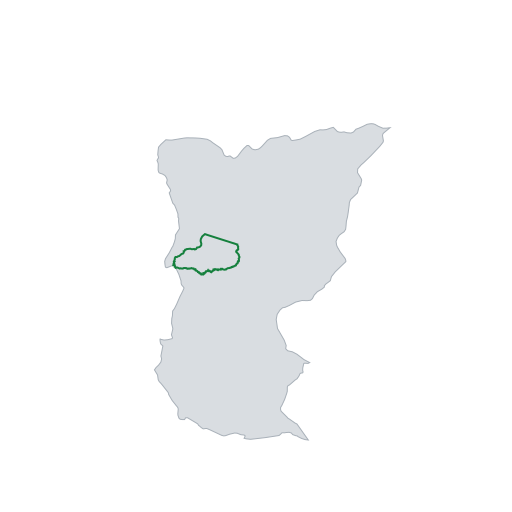 Bamingui, Bamingui-Bangoran, Central African Republic shown in context, rotated 301°
{"feature_id": "33826404B40726346610529", "entity_name": "Bamingui", "entity_type": "district", "adm_level": 2, "iso_a3": "CAF", "parent_name": "Central African Republic", "parent_adm1": "Bamingui-Bangoran", "projection": "natural_earth1", "projection_center": [19.692, 7.894], "detail": "fine", "context": "in_parent", "style": "outline", "palette": "green", "viewbox_px": 512, "rotation_deg": 301, "n_neighbors": 0, "source": "geoboundaries", "source_scale": "gbopen_adm2", "svg_char_len": 6691}
<svg xmlns="http://www.w3.org/2000/svg" viewBox="0 0 512 512"><g transform="rotate(301 256 256)"><path d="M342.1,190.2L346.1,191.4L346.9,192.9L345.7,197.6L346.5,200.5L348.8,203.0L351.2,204.1L353.4,204.7L361.1,206.2L364.3,207.9L368.6,213.5L373.9,218.5L375.2,221.1L375.0,223.6L373.4,226.5L373.7,227.7L376.1,230.6L378.9,233.7L384.1,237.0L393.0,242.2L397.1,245.8L398.5,248.4L400.7,251.3L403.9,253.9L406.1,256.0L404.6,261.7L405.1,263.6L405.9,265.3L407.7,267.5L408.5,270.5L410.3,274.1L412.5,275.7L416.2,276.4L418.1,278.0L422.2,280.9L426.1,283.4L427.7,285.2L428.8,286.7L429.7,288.5L430.1,290.3L430.2,294.2L430.9,299.0L433.0,302.3L435.0,304.8L427.0,302.0L425.8,301.9L424.4,302.4L420.3,305.9L418.9,306.3L413.7,305.6L401.0,302.8L391.3,300.2L388.3,299.2L383.1,298.3L379.7,300.1L376.5,306.3L375.5,307.5L370.4,309.3L368.1,308.8L362.2,310.5L353.1,308.0L349.9,308.5L347.3,309.8L340.8,312.6L336.9,314.2L332.3,315.6L327.9,317.8L325.0,319.1L322.1,319.0L319.5,317.8L316.7,316.7L313.3,316.5L309.7,317.1L306.7,319.6L305.5,321.3L302.9,326.0L299.8,333.6L298.6,335.1L297.5,335.9L283.3,332.1L277.2,331.3L273.1,332.4L267.9,330.3L265.7,329.9L264.6,330.6L261.7,329.6L257.0,327.0L252.5,326.0L248.5,326.3L246.1,325.5L244.1,322.9L241.5,318.3L236.9,313.7L230.7,310.0L226.9,307.3L225.3,305.4L222.0,304.4L216.9,304.2L212.0,306.0L204.9,311.8L198.4,323.5L194.8,328.0L191.8,329.2L191.1,332.0L192.6,336.5L192.9,341.7L191.9,350.5L192.3,356.9L190.7,355.9L189.2,352.9L188.5,352.3L184.2,353.7L182.0,354.9L180.8,356.1L179.9,356.2L178.5,354.6L177.4,354.3L175.7,354.6L174.0,354.6L172.9,354.4L172.1,354.5L170.1,353.5L162.7,351.1L161.4,350.2L159.9,350.3L156.1,352.5L154.0,353.1L147.9,354.4L141.3,355.1L138.8,355.1L137.1,356.1L135.9,357.4L133.9,365.5L133.4,366.9L133.4,369.0L132.9,375.5L133.1,377.6L125.2,395.6L123.9,392.6L123.1,389.1L122.8,385.0L123.0,384.0L122.5,382.8L121.8,379.5L122.5,377.4L121.9,375.1L120.4,373.0L119.0,371.3L118.2,369.8L117.6,369.2L116.0,368.9L114.0,368.2L105.2,357.6L96.1,345.8L94.3,341.9L93.6,339.7L95.8,339.5L96.4,339.1L96.4,338.0L95.0,335.0L94.4,331.1L93.2,328.8L89.7,325.2L86.3,322.4L85.2,321.0L84.6,319.0L83.3,306.2L82.8,302.6L81.7,301.0L80.9,300.2L80.6,299.3L80.8,297.1L81.2,295.0L81.2,294.2L82.1,292.4L82.1,280.6L81.1,279.0L79.0,279.0L77.9,277.2L77.0,275.1L77.3,273.5L79.3,271.1L80.6,270.2L84.5,268.3L85.6,267.4L86.2,266.2L86.7,264.6L89.0,258.5L92.3,252.5L93.7,251.2L97.1,242.3L97.9,240.0L98.5,237.7L99.6,235.9L103.3,232.9L106.1,227.6L109.1,227.8L112.2,228.7L116.1,229.1L119.2,228.1L121.3,226.0L130.9,222.5L131.6,219.6L133.1,218.1L134.8,216.8L135.5,216.6L135.6,217.6L136.6,220.5L138.8,223.5L142.0,226.7L143.0,226.5L144.9,224.1L150.0,222.5L151.2,221.9L154.8,218.3L159.1,216.0L161.6,215.2L165.9,212.9L168.9,213.2L173.9,212.8L182.1,211.7L188.1,211.3L191.1,210.9L191.8,210.4L193.0,207.0L193.9,206.0L196.1,204.5L200.5,199.4L203.4,195.0L204.3,193.4L204.9,193.2L206.1,191.3L204.9,189.4L200.0,185.6L200.0,185.1L199.8,184.4L200.0,183.9L201.9,182.3L204.4,180.5L207.1,179.8L214.1,180.0L220.1,179.6L221.5,179.7L226.2,178.8L229.3,177.9L232.6,176.1L240.0,176.3L246.2,171.5L248.0,170.7L248.8,170.0L249.0,169.2L251.9,167.4L255.1,163.5L257.7,160.0L258.4,157.5L265.4,149.1L267.8,149.3L269.0,148.3L271.8,142.7L272.6,141.7L275.5,140.7L276.9,139.1L278.1,136.6L278.1,133.6L277.5,131.1L277.5,129.9L278.2,128.9L279.3,127.8L284.6,124.8L286.0,123.3L286.8,122.0L288.2,121.8L289.9,121.9L290.9,121.1L292.1,119.7L295.7,117.9L299.1,116.4L302.7,117.0L309.2,118.9L311.2,122.9L312.1,124.3L320.1,133.7L321.7,135.9L325.7,142.8L328.1,147.4L330.9,154.0L331.2,157.6L330.8,160.7L330.3,169.4L329.6,172.0L326.1,176.7L325.9,178.8L326.7,180.6L327.7,181.3L328.4,182.2L328.0,186.2L329.3,187.8L331.9,188.9L338.6,189.6L342.1,190.2Z" fill="#d9dde1" stroke="#a8b0b8" stroke-width="1"/><path d="M205.7,189.8L205.8,189.9L205.9,190.0L206.0,190.4L206.2,190.6L206.4,190.7L206.5,190.8L206.3,191.0L206.1,191.1L205.8,191.3L205.7,191.6L205.4,191.6L205.3,191.9L205.0,191.9L204.9,191.9L204.9,192.6L204.7,193.0L204.4,193.2L204.4,193.3L205.2,193.9L205.5,194.1L205.7,195.2L206.0,197.2L206.6,197.6L207.1,199.1L207.7,199.9L208.2,200.0L208.6,200.5L209.0,201.1L209.3,201.5L209.4,202.1L209.6,202.4L209.8,202.7L209.7,202.9L209.6,203.2L209.7,203.5L209.8,203.9L209.9,204.2L210.3,204.3L210.6,204.8L210.8,205.4L211.4,205.8L211.7,206.5L212.4,206.9L212.5,207.9L212.8,208.2L212.8,208.5L213.1,208.8L213.2,209.1L212.9,209.5L212.7,210.0L212.9,210.5L213.0,210.7L213.5,211.0L213.4,211.2L212.9,211.4L212.5,211.7L212.6,212.4L212.9,213.1L212.8,213.7L212.3,214.4L212.5,214.7L212.7,215.0L212.8,215.3L212.7,215.6L212.3,215.8L212.0,216.3L212.0,216.6L212.2,217.1L212.6,217.3L212.7,217.7L212.5,218.0L212.1,218.2L211.9,218.6L212.6,219.6L213.0,220.4L213.4,220.5L213.4,220.2L213.6,219.8L214.0,219.8L214.6,220.6L214.7,220.9L215.0,220.9L215.0,220.4L215.6,221.0L216.0,221.3L216.4,221.2L216.7,220.9L217.1,220.9L217.3,221.1L217.5,221.4L217.6,221.7L218.0,222.1L218.4,222.4L218.8,222.2L219.2,222.2L219.1,222.4L218.7,222.9L218.7,223.3L219.3,223.4L219.5,223.8L219.4,224.4L219.0,225.1L219.0,226.0L219.9,226.3L220.3,226.2L220.5,226.4L220.8,226.4L221.0,226.4L221.3,226.6L221.5,227.0L221.9,227.2L222.2,226.6L222.5,226.5L222.7,227.2L223.2,227.2L223.2,227.8L223.4,228.1L224.0,228.3L224.0,228.8L224.1,229.5L224.1,230.3L224.3,230.8L224.7,230.8L225.0,230.4L225.2,230.7L225.3,231.3L225.7,231.8L226.2,232.9L226.6,232.8L227.0,232.6L227.7,233.7L227.5,234.5L228.0,236.0L228.8,237.0L229.1,237.3L229.5,237.2L229.8,237.5L230.7,237.9L231.3,238.4L231.6,238.9L231.9,239.3L232.2,239.7L232.6,239.8L233.0,240.3L233.4,240.7L234.0,240.7L234.2,241.2L234.4,241.5L234.9,241.5L235.4,242.3L236.3,242.5L236.7,242.8L237.2,243.5L237.5,243.5L237.8,243.6L238.2,243.4L238.7,243.4L239.3,243.4L239.6,243.7L240.0,243.9L240.2,244.0L240.5,243.8L240.9,243.6L241.2,243.7L241.6,243.7L241.8,243.3L242.1,243.2L242.6,244.0L243.1,243.9L243.6,243.5L244.2,243.2L245.0,242.4L246.0,242.6L246.7,242.3L247.6,240.9L248.3,240.5L248.6,239.6L249.1,237.9L249.4,236.8L250.5,236.5L251.0,236.9L251.5,236.8L252.0,237.3L252.7,237.3L253.6,236.5L254.2,236.2L255.0,235.8L255.9,233.9L256.2,233.9L248.4,200.9L245.0,199.8L242.1,200.0L240.3,200.8L238.4,202.8L236.9,203.5L235.1,203.2L234.3,202.7L233.5,201.9L232.9,201.1L231.9,201.1L231.0,201.0L230.6,200.6L230.1,200.2L230.2,199.4L229.7,198.8L228.7,197.4L228.4,195.9L226.7,193.7L226.3,193.1L225.8,192.9L225.5,192.6L225.1,192.2L224.9,192.3L224.5,192.0L223.9,192.1L223.4,192.1L223.0,191.9L222.8,191.6L222.4,191.9L222.3,192.1L221.6,192.2L221.1,192.3L220.5,192.2L219.7,191.4L219.0,191.0L218.4,190.9L216.4,190.2L215.7,189.4L214.3,188.7L213.7,187.5L212.3,187.5L211.0,188.3L210.2,188.2L209.5,188.5L209.3,189.0L208.7,188.6L208.2,189.1L207.5,189.2L207.4,189.6L206.7,189.4L205.7,189.8Z" fill="none" stroke="#15803d" stroke-width="2"/></g></svg>